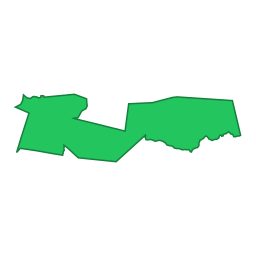 the district of Brasileira, Piauí, Brazil
{"feature_id": "56859067B5638694885795", "entity_name": "Brasileira", "entity_type": "district", "adm_level": 2, "iso_a3": "BRA", "parent_name": "Brazil", "parent_adm1": "Piauí", "projection": "albers", "projection_center": [-41.604, -4.127], "detail": "fine", "context": "isolated", "style": "filled", "palette": "green", "viewbox_px": 256, "rotation_deg": 0, "n_neighbors": 0, "source": "geoboundaries", "source_scale": "gbopen_adm2", "svg_char_len": 2058}
<svg xmlns="http://www.w3.org/2000/svg" viewBox="0 0 256 256"><path d="M20.2,148.3L37.0,150.8L51.0,153.3L52.7,153.6L54.3,153.9L62.7,155.2L62.8,154.2L63.2,152.9L63.1,151.8L64.2,150.5L63.9,148.3L64.2,146.6L64.0,145.3L67.0,147.5L67.9,148.3L68.8,149.1L78.3,157.8L98.6,159.9L104.7,160.5L116.1,161.7L145.4,135.1L145.6,136.2L145.0,137.1L145.6,138.2L145.9,139.6L147.6,139.9L148.9,139.7L150.3,139.5L151.4,139.7L152.6,140.0L154.1,140.9L155.5,141.2L156.6,141.0L158.1,140.5L159.9,140.3L161.6,140.9L163.3,141.4L164.4,142.5L165.4,142.7L166.1,143.7L166.6,144.7L168.3,145.4L169.7,145.7L170.8,145.8L172.0,146.0L173.1,146.6L173.6,147.5L174.5,148.1L175.7,148.3L176.7,148.6L178.2,148.6L179.9,148.7L181.1,149.4L182.4,149.8L183.9,149.7L185.3,149.5L186.3,149.8L187.4,149.7L188.7,149.7L189.7,150.7L190.3,151.7L191.5,152.0L192.0,150.5L193.0,149.4L194.2,148.6L195.8,147.9L197.5,147.6L198.1,146.7L198.9,145.7L199.0,144.7L198.8,143.3L199.7,141.7L199.9,140.2L201.6,139.7L202.7,138.8L203.8,138.1L204.8,136.7L205.9,136.0L207.3,136.7L208.4,138.1L209.2,139.3L210.3,139.4L211.2,140.1L212.2,140.5L213.6,139.8L215.2,139.3L216.6,139.3L218.1,138.5L219.0,137.6L219.1,136.4L220.1,135.3L221.2,135.1L221.8,136.3L223.1,135.9L223.5,134.4L224.5,133.9L225.7,133.9L226.5,133.1L227.7,132.7L228.4,131.8L229.7,132.7L230.8,134.0L232.6,134.3L233.3,135.5L233.7,136.6L235.3,136.8L236.7,136.2L238.4,136.0L239.6,135.9L240.6,135.3L233.2,104.1L232.4,100.6L178.4,97.0L177.2,96.9L172.7,97.4L152.4,102.7L128.7,103.8L125.3,129.2L125.1,131.1L109.3,127.2L83.8,120.9L82.7,120.7L73.6,118.3L74.6,117.9L76.2,118.3L77.4,117.9L78.3,117.2L79.2,115.6L80.3,113.6L81.2,111.9L82.1,110.8L84.0,109.7L85.8,108.8L86.7,107.2L87.2,105.7L86.8,102.8L86.6,98.8L74.4,94.3L44.0,97.2L43.9,96.0L42.5,95.7L41.0,95.7L40.7,97.5L39.7,97.7L38.2,97.8L36.9,96.9L35.1,96.8L33.9,96.4L32.6,96.8L31.6,97.6L30.8,98.3L29.6,98.4L28.3,98.2L26.7,97.6L25.2,96.4L24.4,95.7L23.5,94.9L22.7,100.3L20.7,104.4L15.4,107.1L23.7,110.7L29.0,113.0L28.4,115.0L25.1,125.2L22.2,134.3L21.7,135.8L16.6,152.5L20.2,148.3Z" fill="#22c55e" stroke="#15803d" stroke-width="1.5"/></svg>